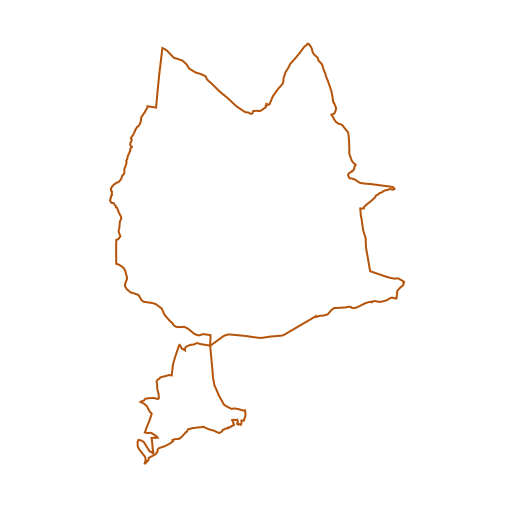 Olcea, Bihor, Romania (Mercator projection), rotated 94°
{"feature_id": "2599482B34496276641764", "entity_name": "Olcea", "entity_type": "district", "adm_level": 2, "iso_a3": "ROU", "parent_name": "Romania", "parent_adm1": "Bihor", "projection": "mercator", "projection_center": [21.974, 46.668], "detail": "fine", "context": "isolated", "style": "outline", "palette": "amber", "viewbox_px": 512, "rotation_deg": 94, "n_neighbors": 0, "source": "geoboundaries", "source_scale": "gbopen_adm2", "svg_char_len": 6092}
<svg xmlns="http://www.w3.org/2000/svg" viewBox="0 0 512 512"><g transform="rotate(94 256 256)"><path d="M471.4,352.7L467.0,349.0L465.9,349.0L464.7,348.6L460.7,342.3L458.2,340.7L456.0,340.6L455.0,339.9L454.3,339.1L452.2,333.9L449.2,329.0L446.7,325.9L445.5,326.5L444.9,325.4L444.2,323.4L443.7,319.7L441.2,317.2L436.4,313.4L436.3,312.8L433.5,311.6L433.1,309.7L432.4,308.4L432.1,307.2L432.0,305.8L431.2,302.9L430.6,298.7L430.1,296.5L430.2,295.8L430.7,295.0L431.9,291.7L432.3,290.4L433.1,286.0L434.6,282.2L435.1,280.2L434.8,279.6L433.2,277.6L431.8,277.0L429.7,272.8L429.9,272.1L429.7,271.7L429.0,271.7L428.9,271.3L429.0,271.1L428.5,269.5L427.9,269.3L426.1,266.2L424.6,266.9L423.6,266.9L421.4,268.4L420.8,266.9L421.1,265.0L420.6,263.3L423.2,262.4L424.3,263.2L424.9,263.1L425.4,261.8L424.9,261.0L425.5,259.4L424.1,258.9L421.1,259.0L421.1,256.6L415.6,255.4L414.5,255.4L410.7,256.2L410.9,256.9L411.0,258.2L410.1,262.2L409.6,265.6L409.7,267.4L410.2,269.8L408.4,274.1L407.0,276.9L406.7,277.4L398.6,282.8L391.3,286.6L387.8,288.5L380.0,290.5L374.8,291.2L349.7,295.3L348.4,294.8L347.9,295.0L347.4,293.8L338.3,283.0L337.2,281.0L336.3,278.5L336.1,276.7L336.5,260.8L337.4,248.7L337.4,246.0L337.3,244.6L335.4,236.2L333.5,224.0L332.1,221.7L311.7,191.8L312.5,191.5L311.2,188.1L310.6,184.1L309.3,180.5L304.7,177.0L302.5,174.4L301.2,163.7L300.3,160.6L300.1,158.9L300.4,157.5L301.2,156.7L301.1,154.6L300.3,151.8L296.5,145.5L296.3,144.8L295.5,143.9L294.3,140.7L293.6,137.9L294.0,137.5L294.1,137.2L293.2,136.6L292.7,134.3L292.7,133.2L293.2,130.9L293.0,128.6L292.3,126.0L291.1,122.6L289.3,120.2L288.4,118.6L288.0,117.4L288.6,114.4L288.6,112.9L281.2,112.6L280.4,112.2L277.8,110.2L274.5,106.9L272.9,107.1L272.5,107.0L272.3,106.6L271.7,106.4L270.9,107.2L268.4,112.7L268.9,115.9L268.6,119.3L267.8,123.9L263.2,141.1L239.6,146.9L230.4,147.9L222.6,151.0L210.5,153.5L209.8,154.0L201.3,155.3L201.1,151.8L199.3,151.5L196.5,148.8L193.6,145.5L189.2,141.3L187.4,140.6L186.1,138.5L184.7,137.2L183.5,134.5L182.6,133.7L181.8,132.4L181.2,130.7L181.1,129.8L179.9,127.3L179.9,126.5L180.3,124.1L179.6,122.6L179.3,122.5L177.6,124.4L176.2,146.8L176.2,152.4L175.9,156.3L175.7,157.5L175.4,158.2L172.8,162.8L172.0,165.7L171.9,168.1L171.6,168.4L170.4,169.0L169.3,169.8L167.7,169.5L166.9,168.8L165.7,167.4L165.0,166.1L164.4,166.0L164.2,165.4L163.3,164.5L161.5,164.0L159.7,164.0L159.6,163.9L159.4,163.5L159.1,163.3L157.8,163.0L157.1,164.4L155.9,165.7L154.1,167.2L147.1,170.2L143.3,170.3L134.0,171.3L128.5,172.2L126.2,172.8L122.5,176.3L119.8,178.6L118.7,180.6L118.2,183.1L116.9,185.4L113.7,188.0L112.3,188.6L109.8,190.6L108.3,187.7L104.6,186.5L102.6,186.5L97.7,188.9L97.7,189.3L96.6,189.8L89.8,191.3L85.2,192.7L75.7,196.8L71.6,198.9L69.2,199.5L65.3,201.6L60.7,203.3L60.2,203.6L56.5,207.4L54.6,208.0L53.7,208.5L51.4,211.5L49.6,213.2L48.5,213.8L45.3,214.8L43.1,216.1L42.4,216.9L40.9,218.0L40.6,219.4L41.7,219.9L43.7,222.3L50.9,226.9L57.1,231.4L61.9,235.2L66.9,237.3L69.6,238.9L71.1,239.5L76.7,240.9L79.6,240.9L82.1,241.4L84.7,243.1L87.1,245.2L94.7,249.9L96.5,250.7L103.9,253.2L104.3,254.7L103.8,255.3L103.6,256.1L104.4,255.9L105.2,256.8L106.2,256.2L107.3,257.2L110.3,260.7L111.0,262.1L111.2,263.2L111.2,264.1L111.0,265.5L111.2,266.3L111.3,267.7L111.5,268.7L112.0,269.1L113.4,269.3L114.0,269.6L114.2,269.9L114.5,271.6L113.6,273.1L113.4,273.8L113.3,276.2L113.0,277.3L107.9,286.2L100.1,295.7L96.4,301.1L93.6,304.7L85.7,314.0L84.7,315.5L83.0,317.4L80.2,318.8L78.9,322.5L78.4,323.3L78.2,324.5L77.1,329.2L74.0,335.1L73.6,335.8L70.1,338.3L69.0,339.4L66.7,342.3L66.0,343.7L64.6,348.9L64.1,351.4L63.8,352.0L57.1,359.4L56.4,360.7L55.4,362.8L55.1,363.9L82.1,365.2L102.9,365.8L114.9,366.0L114.2,374.7L115.3,374.7L120.5,377.1L125.5,380.1L129.2,380.3L131.1,380.7L132.8,381.2L135.1,382.7L135.5,383.6L137.7,384.6L138.4,385.3L139.2,385.2L140.2,385.5L141.8,386.4L142.8,386.5L146.8,389.0L147.8,388.8L148.0,388.3L148.9,388.0L150.9,388.5L151.2,388.9L151.6,389.1L153.3,389.3L154.4,389.0L155.2,388.4L155.7,387.4L156.1,387.5L157.4,388.7L158.1,388.9L159.7,388.8L165.2,390.8L168.3,391.3L170.3,392.1L172.0,391.6L175.4,392.4L177.1,393.1L179.2,393.4L182.3,393.1L183.3,393.4L184.2,394.1L184.6,394.8L185.8,395.2L188.4,395.8L190.4,397.1L192.0,398.4L192.8,400.5L194.8,402.8L197.0,404.6L198.0,404.9L198.9,405.5L199.4,405.3L200.9,405.2L201.5,404.3L203.5,404.1L204.1,404.3L205.4,403.9L205.8,404.5L206.6,404.7L207.3,405.1L207.9,404.7L210.7,405.6L211.3,405.1L213.0,404.1L213.1,401.8L214.0,401.1L214.5,400.9L215.6,399.5L217.2,399.2L217.5,398.0L222.4,395.8L225.7,393.7L227.4,393.1L228.5,393.1L230.5,394.0L231.8,394.2L238.1,394.3L240.5,394.8L241.9,394.5L246.0,392.6L247.0,393.6L247.8,393.9L249.0,394.8L249.6,396.5L256.1,396.2L273.5,394.9L274.2,392.2L276.2,388.5L277.5,387.1L279.6,385.5L286.8,383.1L288.2,383.2L293.7,384.8L295.6,384.4L298.1,382.6L301.1,378.5L301.7,375.1L302.3,373.6L302.7,371.8L302.7,371.2L303.3,370.4L305.2,369.0L308.1,367.0L308.8,366.1L309.5,364.6L310.2,355.8L311.0,352.5L312.1,350.9L314.5,347.0L315.4,346.1L320.0,343.8L321.3,342.9L327.1,337.1L328.8,334.7L330.8,333.3L331.5,332.4L332.2,330.7L332.4,329.3L332.0,324.8L331.7,323.1L332.0,321.7L332.6,320.1L333.7,318.0L337.5,312.9L338.8,309.8L339.2,307.4L337.6,303.2L338.1,295.9L341.7,295.6L348.6,295.7L347.7,305.5L347.0,308.3L347.1,309.1L348.7,312.1L348.9,313.9L349.2,314.9L350.4,317.7L351.7,319.8L353.8,320.5L355.2,320.2L354.8,321.1L353.9,321.7L353.8,323.3L353.5,323.7L351.3,324.8L350.0,326.0L350.5,326.5L363.1,329.8L369.8,331.2L381.0,331.7L380.9,335.0L381.9,337.3L383.7,342.8L385.3,344.0L386.3,345.6L388.3,346.4L390.5,345.8L396.0,345.1L400.2,343.6L404.0,343.0L405.3,343.4L405.4,344.8L404.8,347.5L405.0,350.3L405.4,353.5L406.2,356.5L407.9,357.6L408.6,359.4L409.6,361.0L411.2,357.3L413.4,354.4L418.3,351.4L420.7,349.0L428.4,351.0L432.2,352.4L439.8,354.6L440.2,351.2L439.8,350.0L439.8,348.0L441.8,344.4L443.4,342.0L444.1,341.5L444.8,347.5L448.5,346.7L456.5,345.4L459.3,344.6L459.8,344.9L459.8,345.5L458.5,347.0L458.5,348.4L449.5,354.9L448.8,355.9L448.2,357.1L447.6,360.3L449.3,361.1L452.8,360.9L454.9,360.5L457.9,358.3L463.8,352.9L465.5,352.1L467.8,351.9L471.4,352.7Z" fill="none" stroke="#b45309" stroke-width="2"/></g></svg>